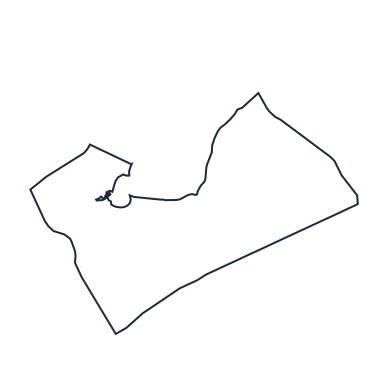 outline of As Suways, rotated 241°
{"feature_id": "EGY-1536", "entity_name": "As Suways", "entity_type": "Governorate", "adm_level": 1, "iso_a3": "EGY", "parent_name": "Egypt", "parent_adm1": "", "projection": "robinson", "projection_center": [32.482, 29.608], "detail": "fine", "context": "isolated", "style": "outline", "palette": "slate", "viewbox_px": 384, "rotation_deg": 241, "n_neighbors": 0, "source": "natural_earth", "source_scale": "10m", "svg_char_len": 1551}
<svg xmlns="http://www.w3.org/2000/svg" viewBox="0 0 384 384"><g transform="rotate(241 192 192)"><path d="M245.6,152.6L244.9,151.6L240.7,147.1L236.8,145.1L237.8,143.0L239.7,141.0L240.7,140.3L240.7,134.3L238.3,130.0L230.8,122.4L232.4,121.3L233.1,120.3L233.0,119.2L231.9,118.1L233.0,117.7L233.3,117.3L233.0,116.9L231.9,116.5L231.2,115.2L230.3,114.0L229.3,112.9L228.9,112.1L229.1,111.5L229.8,111.1L230.5,110.7L231.9,110.5L231.9,109.2L231.5,107.6L231.5,106.3L231.9,104.5L230.8,104.5L228.4,109.7L228.2,112.1L228.6,113.8L229.7,115.0L230.6,116.6L230.8,119.4L229.4,119.4L229.0,116.7L227.5,115.2L225.4,115.1L223.1,116.5L220.1,115.3L216.5,117.7L213.3,121.7L211.7,125.4L211.5,129.4L212.6,132.6L215.2,134.8L219.3,135.9L216.0,138.6L200.6,160.8L199.7,162.6L197.8,164.7L192.5,174.7L191.4,178.2L191.3,187.2L190.2,190.9L187.6,193.9L187.6,195.5L189.6,197.1L191.7,200.1L193.4,203.1L194.9,207.7L196.9,210.0L206.3,216.3L208.6,218.3L217.1,228.6L222.9,232.2L228.1,237.8L232.6,244.0L234.5,248.3L235.2,253.6L237.1,260.8L239.5,267.5L242.0,271.4L242.0,272.7L241.3,276.6L246.4,298.0L228.6,298.2L225.1,298.6L217.5,301.1L212.3,304.5L156.0,329.9L152.0,331.2L149.2,331.7L134.2,330.9L108.9,334.8L101.0,331.1L113.0,164.1L112.3,154.1L113.7,134.6L109.8,90.0L105.0,68.8L104.8,56.5L171.1,54.2L187.0,55.4L192.4,59.1L195.0,60.2L198.2,61.2L207.7,62.7L210.1,62.7L211.0,62.5L216.4,59.9L217.2,59.4L224.5,52.4L225.9,51.6L231.8,49.8L237.6,49.2L272.5,51.8L276.0,71.9L278.4,116.2L280.0,120.7L281.6,123.7L283.0,125.7L245.6,152.5L245.6,152.6Z" fill="none" stroke="#1e293b" stroke-width="2"/></g></svg>